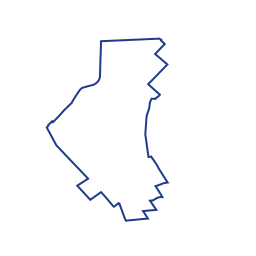 the district of Salcia, Teleorman, Romania, rotated 152°
{"feature_id": "2599482B37007656792244", "entity_name": "Salcia", "entity_type": "district", "adm_level": 2, "iso_a3": "ROU", "parent_name": "Romania", "parent_adm1": "Teleorman", "projection": "natural_earth1", "projection_center": [24.918, 43.953], "detail": "fine", "context": "isolated", "style": "outline", "palette": "blue", "viewbox_px": 256, "rotation_deg": 152, "n_neighbors": 0, "source": "geoboundaries", "source_scale": "gbopen_adm2", "svg_char_len": 1446}
<svg xmlns="http://www.w3.org/2000/svg" viewBox="0 0 256 256"><g transform="rotate(152 128 128)"><path d="M199.9,100.9L199.7,100.0L199.4,99.1L195.0,82.3L193.2,82.6L181.9,84.0L180.1,76.9L177.9,66.5L177.6,65.3L177.1,65.1L176.9,65.1L172.0,66.0L172.0,65.4L171.4,65.2L171.1,65.2L173.1,51.1L173.4,47.2L152.9,38.7L153.5,45.4L153.7,47.6L141.4,42.4L142.7,53.5L141.4,53.0L140.2,52.5L138.9,52.4L136.9,52.5L135.1,52.6L134.8,52.6L132.8,52.1L131.2,51.6L130.1,50.9L130.1,53.2L131.0,63.7L130.6,63.6L128.6,63.3L124.9,62.8L122.3,62.5L119.4,61.5L118.6,61.2L119.3,69.8L119.8,76.9L119.9,78.5L119.8,80.0L120.1,84.5L120.9,91.0L120.9,91.9L121.4,92.0L121.8,92.1L123.5,92.7L120.4,101.5L117.5,109.2L117.0,110.7L115.7,114.3L107.1,128.0L106.9,128.4L105.3,130.5L100.1,135.4L96.7,140.1L96.7,140.3L93.4,142.8L90.1,140.8L89.0,141.5L88.7,141.4L86.9,141.5L84.2,142.4L89.6,157.2L63.4,165.6L69.3,180.6L60.4,183.5L56.1,184.9L57.8,189.7L57.2,190.1L57.5,190.8L58.4,192.2L111.1,217.3L112.5,214.8L115.0,210.3L120.4,201.0L124.0,194.7L124.4,193.9L128.6,186.6L129.4,185.5L131.1,184.1L133.1,183.0L135.2,182.5L137.9,182.3L142.4,183.4L148.9,184.8L150.5,184.8L152.4,184.3L157.4,181.7L160.8,179.8L164.6,177.6L166.0,176.5L167.4,176.2L176.3,173.6L184.4,170.6L191.0,168.5L191.3,168.4L191.7,168.4L191.8,169.0L191.8,169.6L193.7,169.0L195.3,168.5L197.2,168.0L197.4,167.3L199.5,166.6L199.4,146.4L193.7,125.9L187.0,102.0L195.1,101.3L199.9,100.9Z" fill="none" stroke="#1e3a8a" stroke-width="2"/></g></svg>